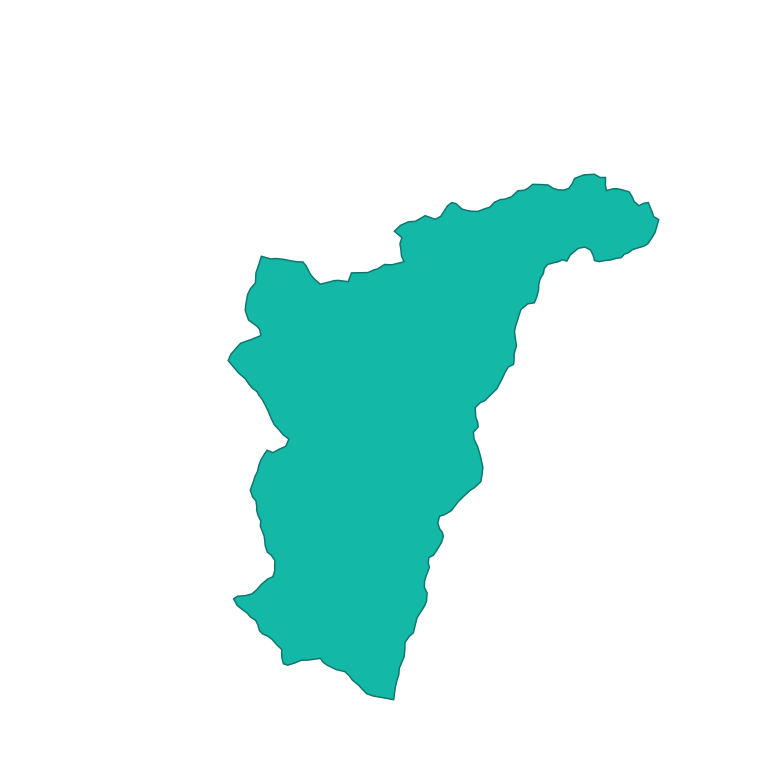 Fernandópolis, São Paulo, Brazil, rotated 211°
{"feature_id": "56859067B33665178347433", "entity_name": "Fernandópolis", "entity_type": "district", "adm_level": 2, "iso_a3": "BRA", "parent_name": "Brazil", "parent_adm1": "São Paulo", "projection": "albers", "projection_center": [-50.287, -20.283], "detail": "fine", "context": "isolated", "style": "filled", "palette": "teal", "viewbox_px": 768, "rotation_deg": 211, "n_neighbors": 0, "source": "geoboundaries", "source_scale": "gbopen_adm2", "svg_char_len": 3455}
<svg xmlns="http://www.w3.org/2000/svg" viewBox="0 0 768 768"><g transform="rotate(211 384 384)"><path d="M283.1,467.6L285.0,471.8L288.1,477.2L290.1,484.9L295.2,491.1L299.2,496.2L301.0,501.3L302.3,507.2L303.8,513.0L305.0,518.5L302.1,526.7L297.0,531.0L297.8,536.7L299.9,544.1L302.8,549.4L304.3,554.6L304.3,560.9L306.1,565.6L305.4,570.6L301.5,574.8L297.7,578.4L295.0,582.4L290.6,583.5L290.8,590.2L289.3,595.1L287.3,600.4L282.4,604.8L276.0,605.2L271.4,602.4L267.1,598.2L262.5,599.8L258.1,603.7L253.8,606.9L249.4,611.6L245.7,614.5L244.9,618.8L242.0,622.7L240.2,627.2L236.6,631.3L232.5,635.7L230.1,639.9L229.7,646.6L229.7,653.4L231.1,659.1L233.2,666.4L239.1,666.4L243.3,670.0L250.9,675.6L254.4,672.8L257.2,668.2L263.3,669.2L268.5,672.7L272.7,674.9L279.1,673.4L284.4,671.6L288.0,669.5L292.9,664.4L296.3,668.0L300.5,675.1L305.4,672.2L311.6,672.2L320.4,666.2L326.5,658.4L325.8,652.4L326.4,646.5L330.0,642.7L334.5,640.2L340.1,638.8L345.8,639.1L352.0,635.9L359.4,631.7L361.2,626.5L363.3,622.5L368.7,618.7L371.1,610.2L375.7,604.6L379.1,602.2L383.0,596.6L384.3,590.2L388.6,585.2L392.5,580.2L398.6,576.9L402.4,575.4L407.5,574.1L415.1,575.7L419.3,574.5L421.3,569.4L421.7,556.9L425.0,551.5L435.4,549.5L438.0,544.7L441.1,539.4L446.5,535.7L451.5,528.6L453.8,520.3L444.1,518.7L442.5,512.3L438.5,507.6L434.9,502.7L429.8,499.1L438.7,490.2L445.1,486.7L448.9,479.3L452.0,475.8L455.1,471.3L461.1,467.5L469.1,462.5L467.4,453.3L476.3,449.4L479.9,447.0L483.5,443.2L490.1,436.7L499.0,438.4L504.1,440.4L511.7,445.2L516.4,446.8L521.5,444.0L527.3,441.6L535.6,438.6L541.6,435.7L545.4,432.9L554.9,430.3L552.9,422.3L551.0,413.3L548.3,408.3L546.3,404.4L547.6,397.0L547.0,390.5L544.1,382.7L541.0,375.8L537.2,372.5L533.0,369.0L522.8,368.1L518.7,366.8L514.5,362.1L520.9,353.6L527.9,345.1L528.9,340.1L530.6,330.6L529.6,323.8L514.2,318.5L505.4,317.0L500.1,314.5L494.8,312.6L489.1,312.1L485.3,309.9L480.9,308.3L474.5,304.5L469.2,301.0L462.5,296.0L456.9,292.5L450.1,290.6L444.3,288.5L437.2,287.8L436.1,280.0L440.4,273.9L443.9,267.9L450.1,267.0L450.4,262.5L450.4,255.5L449.4,250.0L447.4,243.9L447.0,238.7L445.9,234.0L443.9,224.1L438.2,219.4L433.6,217.9L430.2,213.7L428.0,210.1L424.2,206.4L419.2,203.3L416.7,198.3L412.7,195.3L408.5,192.0L405.6,188.4L402.5,184.2L397.4,179.8L392.6,179.2L386.6,176.6L384.0,171.7L381.5,167.9L380.0,161.6L383.3,156.8L385.9,149.3L387.2,141.8L389.1,136.1L394.1,130.9L400.3,126.6L402.3,122.4L395.9,118.6L389.3,117.7L383.5,117.2L378.4,115.5L372.4,115.3L368.2,112.7L363.8,108.5L359.4,107.2L354.5,108.0L348.7,107.5L340.8,105.1L334.8,103.7L332.8,100.0L330.3,96.5L326.1,92.4L321.7,93.4L316.5,99.3L312.6,104.7L307.1,108.1L297.1,116.1L292.9,114.1L287.4,113.7L277.8,114.6L269.4,117.3L263.4,116.0L259.2,114.1L250.6,112.7L244.0,110.8L239.0,109.6L232.2,111.1L223.8,114.4L213.1,118.4L218.1,129.8L220.2,136.3L221.6,142.5L224.5,148.2L225.3,154.0L226.3,160.7L229.7,167.7L232.9,173.3L232.4,180.7L230.7,185.8L235.3,200.6L234.9,214.7L235.8,219.9L239.5,227.2L244.6,230.4L247.6,235.7L248.8,240.2L250.7,250.3L253.8,253.3L256.2,258.3L253.5,262.6L253.1,267.7L253.1,277.6L254.6,284.0L257.8,287.0L261.7,288.5L266.2,292.5L268.4,299.3L265.1,302.8L261.0,310.2L260.6,314.7L259.8,321.2L258.0,328.3L255.5,337.1L253.1,341.7L250.7,350.1L253.0,356.2L256.5,363.7L264.4,372.0L271.2,378.3L278.4,383.1L282.5,388.7L281.2,395.8L284.1,399.5L288.3,402.9L293.7,410.8L292.0,417.3L289.0,421.7L284.8,438.0L285.4,449.1L286.2,456.0L286.2,462.6L283.1,467.6Z" fill="#14b8a6" stroke="#0f766e" stroke-width="1.5"/></g></svg>